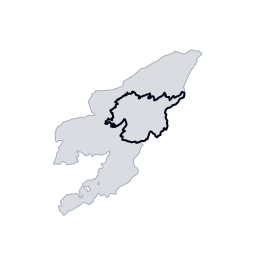 Kyrgyzstan, with Naryn highlighted, rotated 327°
{"feature_id": "KGZ-1118", "entity_name": "Naryn", "entity_type": "Region", "adm_level": 1, "iso_a3": "KGZ", "parent_name": "Kyrgyzstan", "parent_adm1": "", "projection": "albers", "projection_center": [75.468, 41.376], "detail": "fine", "context": "in_parent", "style": "outline", "palette": "ink", "viewbox_px": 256, "rotation_deg": 327, "n_neighbors": 0, "source": "natural_earth", "source_scale": "10m", "svg_char_len": 9262}
<svg xmlns="http://www.w3.org/2000/svg" viewBox="0 0 256 256"><g transform="rotate(327 128 128)"><path d="M58.8,150.7L59.4,150.3L61.4,150.0L65.3,149.8L66.6,150.2L69.3,151.9L71.3,151.8L71.7,152.0L72.4,153.4L75.4,151.6L77.5,151.0L78.6,149.1L80.9,146.8L82.8,146.4L82.9,146.8L83.2,147.2L85.1,147.8L85.7,147.2L86.1,146.3L85.5,144.9L85.5,144.3L86.1,143.5L89.2,144.9L89.8,144.9L91.3,144.2L92.6,143.0L93.1,142.0L99.5,138.8L100.0,138.2L99.9,137.8L97.3,136.9L96.1,137.3L95.0,137.3L94.3,136.8L91.1,136.5L90.4,136.2L88.4,133.7L85.8,132.1L84.5,132.1L83.0,132.7L82.5,132.4L82.5,130.1L82.2,128.7L81.4,128.4L80.2,128.9L77.0,128.0L76.7,125.1L75.6,122.6L74.0,121.5L74.0,120.0L73.4,119.3L72.9,119.5L72.2,120.2L72.5,121.9L72.1,123.5L71.7,124.4L71.0,125.0L70.1,124.9L68.7,124.0L68.2,129.1L67.9,129.4L66.2,128.6L64.8,128.8L62.7,128.4L61.2,127.5L58.2,126.4L56.8,125.4L56.1,121.9L55.4,120.7L54.6,120.4L51.3,121.4L48.1,119.1L46.5,118.6L46.1,117.9L46.2,117.2L51.4,113.7L53.6,111.2L54.9,110.2L58.1,109.2L58.9,106.9L59.2,106.6L62.5,105.6L66.1,103.7L66.2,103.1L65.9,102.6L62.8,100.5L61.1,101.3L60.2,100.2L60.3,99.0L61.4,97.2L62.4,96.2L62.9,94.4L64.2,93.2L65.6,91.3L67.3,89.7L70.4,88.6L72.0,89.1L73.6,88.9L76.0,88.0L77.5,88.0L83.7,89.8L85.7,89.9L90.5,92.0L94.2,93.1L96.0,95.1L102.1,96.1L103.7,96.7L104.3,97.6L106.0,98.8L107.5,99.1L106.3,94.6L106.9,91.9L109.0,84.6L110.0,83.5L114.9,81.5L116.1,80.0L119.6,80.1L120.4,79.8L120.8,79.0L131.6,85.5L135.8,87.3L141.5,89.0L146.4,89.6L147.2,89.2L149.1,86.7L150.0,86.5L162.1,86.9L170.7,85.4L171.9,85.5L175.1,86.8L185.3,87.0L189.4,87.8L195.7,87.3L198.4,87.4L203.3,89.0L205.0,89.3L208.1,89.5L209.3,89.1L210.0,89.5L210.8,91.8L213.9,94.6L215.1,96.1L216.2,96.7L221.9,96.8L224.1,97.4L229.6,102.6L230.5,105.7L229.9,106.4L224.4,107.1L223.1,107.7L221.9,110.1L214.5,113.4L213.4,113.4L203.5,119.3L196.7,124.1L196.5,126.4L192.5,131.6L189.4,132.3L186.8,132.2L182.5,133.9L177.0,133.5L175.1,133.6L171.5,133.0L170.0,133.3L168.5,134.4L166.4,138.5L165.5,139.4L165.1,140.3L164.8,142.3L164.0,144.4L162.3,147.6L160.7,149.1L159.3,150.0L158.1,148.1L156.2,149.4L154.5,149.2L153.4,149.6L150.9,151.3L147.2,151.2L146.8,150.6L146.1,146.0L145.5,143.9L145.0,143.4L144.3,143.3L139.1,146.9L136.7,147.6L134.7,147.7L132.1,146.6L131.5,146.8L131.0,147.4L130.9,148.2L131.6,150.2L131.4,150.6L130.2,150.6L128.6,151.0L123.5,155.2L120.3,156.3L117.3,156.7L115.6,157.4L114.5,159.0L112.5,163.4L112.6,164.3L113.4,165.5L113.9,168.1L113.8,168.8L112.1,171.0L110.1,171.6L108.5,171.9L105.4,171.5L103.8,171.9L100.9,173.6L98.5,173.8L94.0,173.7L89.6,172.9L88.1,173.1L84.2,174.0L82.8,175.5L82.0,176.9L81.7,177.0L80.1,175.7L78.2,173.4L77.2,173.4L73.7,175.1L73.1,175.0L72.2,174.2L72.4,171.4L71.3,170.7L68.9,170.5L68.1,169.8L68.5,168.0L68.2,167.3L67.6,166.7L66.4,166.8L63.8,168.2L60.9,168.6L59.8,169.1L58.6,171.0L54.7,171.2L53.4,170.7L51.3,166.9L49.3,166.2L47.2,166.2L44.4,167.0L43.7,166.2L43.0,165.9L42.4,166.5L38.9,166.4L35.5,166.1L33.5,165.5L32.2,165.4L29.6,166.3L26.4,166.2L26.3,162.8L25.5,160.4L26.8,156.6L27.4,155.4L29.6,157.0L30.5,156.8L30.7,156.1L30.5,154.3L31.8,152.5L40.1,150.5L49.0,154.8L50.1,157.3L50.8,157.2L52.2,156.2L52.7,154.2L54.5,153.1L58.5,151.9L58.8,150.7ZM63.0,159.4L63.2,159.1L62.6,157.2L63.6,155.6L61.8,155.2L60.9,154.7L59.9,152.9L59.5,152.8L59.0,153.3L58.6,154.4L58.8,155.6L60.1,156.8L59.3,159.2L62.0,159.6L63.0,159.4ZM53.4,160.6L53.4,160.0L52.7,159.8L49.4,158.9L49.4,159.4L50.7,161.2L51.7,161.4L53.4,160.6ZM73.9,158.5L74.1,157.4L72.0,157.9L71.8,158.5L72.4,159.2L73.3,159.5L73.9,158.5Z" fill="#d9dde1" stroke="#a8b0b8" stroke-width="1"/><path d="M194.4,129.1L194.0,130.1L193.7,130.5L193.5,130.8L191.6,132.5L191.3,132.6L190.9,132.6L190.2,132.3L187.8,132.0L187.1,132.0L186.5,132.2L184.1,133.6L183.8,133.7L183.5,133.8L182.5,133.7L181.1,134.2L180.6,134.2L178.9,133.5L177.9,133.3L177.3,133.3L176.2,133.7L173.9,133.6L173.4,133.4L172.4,132.9L171.9,132.8L169.9,133.3L169.2,133.6L168.7,134.1L168.4,134.5L167.7,135.0L167.4,135.3L167.3,135.8L167.3,136.3L167.5,136.8L167.5,137.2L167.4,137.7L167.1,138.1L166.4,138.5L165.8,139.0L165.3,139.8L165.0,140.7L164.9,143.2L164.8,143.6L164.6,143.9L163.6,144.7L163.2,145.5L162.6,147.2L162.2,147.9L161.7,148.4L160.1,149.5L159.5,150.1L159.2,150.2L158.9,149.9L158.6,148.4L158.4,148.0L157.8,147.8L157.3,148.4L156.8,149.2L156.1,149.6L155.8,149.6L155.1,149.2L154.7,149.1L154.3,149.1L152.6,149.9L152.3,150.3L152.1,150.7L151.8,151.1L151.5,151.4L151.1,151.5L150.6,151.4L149.4,151.1L149.0,151.1L148.6,151.2L147.8,151.5L147.3,151.6L147.0,151.2L146.9,150.8L146.6,149.7L146.5,149.2L146.7,148.8L147.1,148.1L147.0,147.7L146.9,147.4L146.3,146.9L146.1,146.6L146.0,146.1L145.9,144.7L145.6,143.7L145.0,143.2L144.4,143.2L143.6,143.6L139.5,146.9L138.9,147.2L138.7,147.6L138.5,147.8L138.2,147.9L137.5,147.5L137.2,147.3L136.7,147.4L135.8,147.8L135.3,147.9L134.6,147.7L133.9,147.4L132.3,146.3L131.9,146.1L131.5,146.1L131.0,146.0L129.5,146.0L129.2,146.0L129.0,145.9L128.6,145.4L127.2,145.2L126.9,145.0L126.8,144.9L127.0,144.3L127.0,143.9L126.8,143.6L126.6,143.3L126.4,143.2L123.8,142.2L123.4,142.0L122.7,141.3L122.4,141.0L121.9,140.3L120.7,139.0L120.2,138.6L120.0,137.8L119.8,137.4L119.2,137.0L117.2,135.1L116.9,134.6L118.5,132.7L118.8,132.3L118.8,132.1L117.4,130.9L117.4,130.7L117.6,130.2L117.8,130.0L118.3,130.0L118.5,129.9L118.8,129.6L119.4,129.4L120.0,129.0L120.9,129.0L122.4,128.7L123.2,129.0L123.6,128.8L123.4,128.5L122.8,127.6L122.6,127.0L122.6,126.8L122.6,126.7L122.8,126.6L124.3,126.1L125.1,125.7L126.8,125.3L128.2,124.7L129.0,123.7L129.3,122.8L129.7,121.3L129.9,120.0L130.2,119.3L130.2,119.1L129.5,118.6L129.1,118.5L128.9,118.7L128.8,119.0L128.5,119.1L126.2,120.1L125.9,120.1L125.4,120.0L125.0,120.0L124.8,120.1L124.4,120.4L124.1,120.6L123.8,120.6L123.4,120.4L122.4,120.3L121.5,120.3L121.0,120.4L120.5,120.6L120.3,120.6L119.7,120.1L119.1,119.9L118.8,119.9L118.2,120.1L117.7,120.1L117.4,119.9L116.9,119.4L116.5,119.3L116.1,118.8L115.7,118.7L115.4,118.7L115.0,117.8L114.8,117.5L114.7,117.4L115.3,116.9L115.5,116.8L116.4,116.9L116.7,117.0L117.1,117.2L117.3,117.5L117.4,118.1L117.4,118.6L117.5,118.8L117.7,119.0L118.3,119.2L118.5,119.2L118.5,117.0L118.4,116.5L118.2,116.2L117.5,116.0L116.7,115.9L116.1,115.8L116.0,115.6L116.1,113.8L116.1,113.4L115.9,113.1L115.1,112.7L114.4,113.0L114.0,112.6L113.3,112.3L113.3,112.6L113.2,112.9L113.0,113.2L112.8,113.2L112.7,113.2L112.2,112.9L111.8,112.4L111.4,112.0L111.4,111.9L111.5,111.8L111.9,111.7L112.1,111.6L112.3,111.2L112.7,110.6L112.9,110.3L115.1,110.2L115.4,110.2L115.7,110.1L116.5,109.5L116.6,109.8L116.8,110.2L117.1,110.6L117.3,111.0L117.5,111.2L117.8,111.3L118.0,111.3L118.6,111.2L118.8,111.5L118.7,112.2L118.7,112.5L118.8,112.7L119.0,112.7L119.4,111.7L119.6,111.4L120.2,111.0L120.4,111.0L120.9,111.3L121.2,111.2L121.4,111.1L121.6,110.9L121.6,110.7L121.6,110.3L121.7,110.0L122.3,109.3L122.4,109.1L122.4,108.9L122.3,108.3L122.4,107.9L122.6,107.6L122.8,107.3L123.2,107.0L123.2,106.9L123.1,106.7L122.9,106.6L122.5,106.5L122.4,106.2L122.4,105.9L122.8,103.6L123.1,103.5L123.5,103.5L124.2,103.7L124.7,103.9L128.0,103.4L128.4,103.4L128.5,103.5L128.6,103.9L128.9,103.9L130.0,102.3L130.4,102.1L131.8,102.0L132.5,102.2L132.7,101.8L132.5,101.5L131.7,100.1L131.4,99.3L131.6,99.1L134.2,98.7L134.4,98.6L134.7,98.4L135.0,98.5L135.5,99.1L136.1,98.9L136.4,98.6L136.7,98.6L137.4,98.8L140.2,98.9L140.9,98.7L141.1,98.6L141.4,98.5L142.2,98.9L142.5,98.9L143.8,98.6L144.2,98.4L144.4,98.6L144.5,98.8L144.4,99.5L144.6,99.5L144.8,99.5L145.8,98.8L146.1,98.5L146.4,98.3L146.4,98.5L146.7,99.4L146.8,99.5L147.4,99.6L148.2,100.0L148.4,100.2L148.7,100.8L148.9,100.9L150.3,100.9L150.5,100.8L150.8,100.6L151.1,100.0L151.4,100.0L151.9,100.1L152.1,100.3L152.2,100.6L152.3,101.4L152.4,101.5L152.7,101.7L152.9,101.9L153.1,102.4L153.1,102.7L152.8,103.7L152.7,104.3L152.7,104.6L152.8,104.7L153.2,104.8L153.3,104.9L153.3,105.1L153.3,105.4L153.4,105.6L153.5,105.8L154.3,106.3L154.6,106.7L154.7,106.9L154.7,107.3L154.6,107.6L154.5,107.8L153.9,108.3L153.5,108.6L153.4,108.8L153.3,109.0L153.4,109.3L153.7,109.4L154.0,109.3L155.4,108.9L156.0,108.7L156.4,108.9L156.9,109.2L157.3,109.5L158.2,109.3L159.0,109.5L159.4,109.7L160.0,110.0L161.5,110.0L161.8,110.1L163.3,110.8L163.8,111.1L164.3,111.1L164.8,110.9L165.0,110.9L165.1,111.0L164.7,111.8L164.6,112.4L164.5,112.9L164.4,113.1L163.7,113.2L162.6,113.2L162.0,113.2L161.6,113.5L161.3,114.1L161.6,114.4L161.7,114.7L161.8,114.8L164.2,114.9L164.6,114.8L165.0,114.6L165.5,114.7L166.0,114.9L166.5,115.3L166.6,115.5L166.5,116.1L166.1,116.8L166.0,117.2L165.9,117.7L165.8,118.0L165.3,119.0L165.2,119.1L165.3,119.2L165.4,119.3L166.1,119.0L166.6,119.2L166.8,119.5L167.9,119.8L168.4,119.7L168.7,119.6L169.3,119.3L169.8,119.2L171.1,119.4L172.1,119.6L175.4,119.5L175.8,119.3L176.4,118.9L177.3,118.6L177.6,118.4L177.8,118.4L177.9,118.8L177.8,119.9L177.7,120.5L177.4,121.4L177.1,121.5L176.8,121.4L176.7,121.4L176.7,121.5L177.0,122.3L177.2,123.0L177.4,123.3L178.4,123.7L179.0,124.1L179.2,124.3L179.3,124.4L179.2,124.6L178.9,125.2L178.8,125.6L178.6,126.5L178.1,127.1L178.2,127.3L178.8,127.2L181.8,126.3L182.4,126.0L183.2,125.9L183.5,126.0L183.8,126.3L183.7,126.6L183.5,127.1L183.4,127.4L183.4,127.7L183.5,127.9L183.6,128.0L184.0,128.1L185.7,128.1L188.1,128.6L189.5,128.6L190.3,128.5L190.8,128.3L191.6,127.8L192.3,127.3L192.6,127.2L193.0,127.3L193.3,127.5L193.8,128.6L194.0,128.9L194.4,129.1Z" fill="none" stroke="#020617" stroke-width="2"/></g></svg>